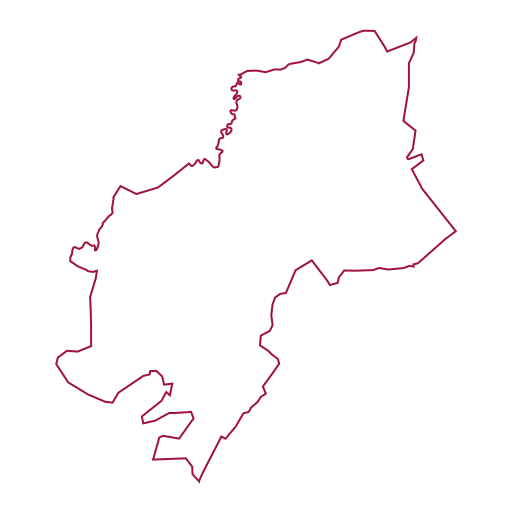 outline of Darazo, Bauchi, Nigeria
{"feature_id": "59680162B8258215962885", "entity_name": "Darazo", "entity_type": "district", "adm_level": 2, "iso_a3": "NGA", "parent_name": "Nigeria", "parent_adm1": "Bauchi", "projection": "robinson", "projection_center": [10.571, 11.108], "detail": "fine", "context": "isolated", "style": "outline", "palette": "rose", "viewbox_px": 512, "rotation_deg": 0, "n_neighbors": 0, "source": "geoboundaries", "source_scale": "gbopen_adm2", "svg_char_len": 4516}
<svg xmlns="http://www.w3.org/2000/svg" viewBox="0 0 512 512"><path d="M300.9,62.0L291.0,63.7L288.6,64.4L285.1,67.9L280.6,69.6L274.4,69.4L265.9,72.2L261.1,71.4L256.7,70.6L247.2,70.9L240.1,74.8L238.9,74.7L239.2,75.3L240.0,75.8L240.9,76.5L241.1,77.3L240.5,78.0L238.6,78.6L238.1,79.8L238.0,80.8L238.7,81.4L239.9,81.3L241.0,82.2L241.2,83.0L241.1,84.2L240.3,84.6L239.0,83.7L238.1,83.0L236.9,83.1L236.3,84.7L236.2,85.7L235.2,86.3L234.1,86.4L232.5,86.8L231.6,87.8L231.4,88.9L231.8,90.1L232.3,90.3L233.1,90.6L235.1,90.3L236.3,90.5L237.1,91.1L237.3,92.2L236.6,93.8L235.4,95.1L234.1,96.5L233.5,97.9L233.7,98.9L234.5,99.1L235.3,98.6L236.1,97.5L237.9,95.8L239.5,95.7L240.2,96.3L240.5,97.7L239.8,98.6L239.0,99.0L237.8,99.7L236.8,100.6L236.5,101.6L236.4,103.3L237.2,105.1L237.4,106.3L237.4,107.7L236.4,110.1L235.2,110.6L234.4,110.7L233.6,110.5L232.7,110.4L231.8,110.1L230.9,110.3L230.4,111.5L231.3,113.4L232.2,114.0L233.3,114.3L234.2,114.4L234.8,115.4L234.7,116.1L234.9,117.1L235.2,117.6L235.5,118.3L234.1,119.4L232.9,119.9L232.2,120.8L231.9,122.1L231.3,123.5L230.4,124.1L229.2,124.1L228.0,124.1L227.3,125.4L227.1,126.5L227.3,126.9L227.9,127.6L228.9,127.6L230.3,127.8L231.2,128.4L231.6,129.8L231.1,131.2L230.4,132.3L229.1,133.3L228.1,134.2L226.9,134.4L226.3,133.8L226.3,133.3L226.4,132.2L226.8,130.6L226.6,129.5L225.7,128.9L224.5,129.2L223.3,129.6L222.3,129.9L221.3,130.5L221.3,132.4L222.1,133.6L222.6,134.7L223.3,135.7L223.3,136.9L222.5,138.0L221.0,138.1L219.7,138.6L219.3,139.2L218.7,139.9L219.0,141.2L218.6,142.8L218.1,144.4L217.6,146.0L217.2,146.9L216.5,147.0L216.3,147.8L216.4,148.7L217.3,149.1L218.4,149.3L220.6,149.8L221.6,150.2L222.5,150.8L222.4,151.8L220.8,153.2L219.7,154.2L219.2,155.7L219.6,157.4L219.5,159.3L219.4,161.3L218.9,163.0L218.5,166.1L217.8,166.9L216.8,167.1L216.4,167.2L215.2,167.3L214.3,167.5L212.7,166.4L211.5,165.3L210.5,163.9L209.4,162.6L208.4,161.6L207.2,160.7L206.2,159.9L205.3,159.2L204.4,159.0L203.6,160.2L203.1,161.6L202.8,162.9L202.0,163.5L200.5,163.0L199.9,162.1L198.9,160.9L198.4,160.0L196.7,160.6L195.8,162.5L194.8,163.9L192.8,165.8L191.5,166.0L188.8,163.5L187.0,165.1L172.2,176.8L157.9,187.5L150.3,189.8L144.8,191.5L140.7,192.7L136.3,194.0L120.5,186.1L113.3,197.4L113.3,197.5L113.7,198.8L113.1,200.9L113.1,203.0L112.5,204.4L112.6,205.8L111.9,207.9L112.6,212.8L110.8,214.9L109.5,215.6L107.0,218.4L105.2,220.6L104.6,221.2L102.9,222.8L102.7,224.8L101.5,226.9L99.7,229.0L99.0,230.4L98.4,231.8L97.2,234.7L97.2,236.8L97.6,238.2L98.7,242.4L98.5,244.2L98.1,245.8L97.1,248.6L96.3,250.0L95.4,250.4L94.8,249.6L95.2,247.8L94.7,246.2L94.1,245.4L91.9,245.9L90.7,245.2L88.9,243.9L87.1,242.5L85.4,242.5L84.5,243.3L83.9,244.4L82.9,246.4L81.9,247.5L81.3,247.9L81.2,247.9L79.4,248.8L78.2,248.7L76.7,247.8L75.1,247.2L73.7,247.4L72.9,248.4L72.6,249.7L72.3,250.9L72.1,252.7L71.8,254.5L71.2,255.0L71.0,256.2L70.5,256.8L70.3,258.5L70.2,261.0L77.5,266.2L86.4,269.9L87.9,271.2L93.2,271.9L96.9,270.7L95.7,278.6L90.1,297.0L90.7,310.1L91.1,328.3L91.1,346.1L77.6,351.6L66.9,350.8L57.9,357.5L56.2,364.0L68.2,382.4L88.3,394.6L105.5,401.9L112.6,402.6L118.3,392.8L143.3,375.9L149.7,374.4L150.1,371.2L156.4,370.9L162.2,376.5L164.1,384.7L172.3,383.6L169.9,395.3L166.3,392.0L161.4,400.9L141.8,416.5L143.3,423.4L155.2,420.6L169.2,413.0L175.0,413.0L191.2,411.9L191.7,413.5L193.5,418.5L179.1,438.6L163.1,435.8L159.3,437.5L158.0,442.1L153.1,459.6L185.8,458.3L192.2,466.6L192.5,474.2L199.0,481.3L199.0,481.2L202.1,474.2L203.9,470.5L221.4,436.5L225.5,438.7L231.1,432.0L235.7,426.7L243.3,413.4L248.7,411.9L251.2,407.4L257.5,402.1L260.8,396.9L265.8,393.6L262.9,386.5L271.9,374.2L279.2,363.6L277.8,358.9L271.5,354.2L268.5,351.0L260.0,345.4L260.8,335.6L269.9,330.8L272.6,325.1L271.3,315.2L272.5,304.5L275.1,297.5L280.2,293.9L285.9,293.0L295.6,270.2L311.8,260.4L327.0,280.3L329.9,285.0L337.6,282.9L337.8,282.8L338.8,277.5L344.2,270.5L355.5,270.7L373.1,270.1L378.9,268.0L388.4,269.5L403.4,268.1L409.6,265.8L413.7,266.6L413.5,264.3L417.9,263.3L429.3,253.2L445.5,238.9L455.8,231.2L441.5,213.2L433.3,202.8L422.2,188.8L411.8,169.2L423.4,160.4L421.5,154.3L408.9,159.1L408.0,159.0L407.5,158.6L407.0,157.3L412.8,149.1L414.8,135.6L415.5,130.6L403.4,120.9L408.9,87.2L408.9,82.6L408.9,63.2L409.7,61.5L410.6,59.6L411.5,57.6L413.7,52.7L413.9,50.8L414.1,47.6L414.5,42.9L415.2,41.8L415.7,41.2L416.2,37.8L410.9,42.2L409.6,42.8L403.4,45.2L397.8,47.4L387.2,51.5L384.9,47.2L381.4,41.6L374.6,30.9L363.4,30.7L357.9,32.6L341.2,39.7L338.9,46.6L328.6,58.8L318.6,63.4L317.6,62.7L307.4,59.6L304.3,60.7L300.9,62.0Z" fill="none" stroke="#9f1239" stroke-width="2"/></svg>